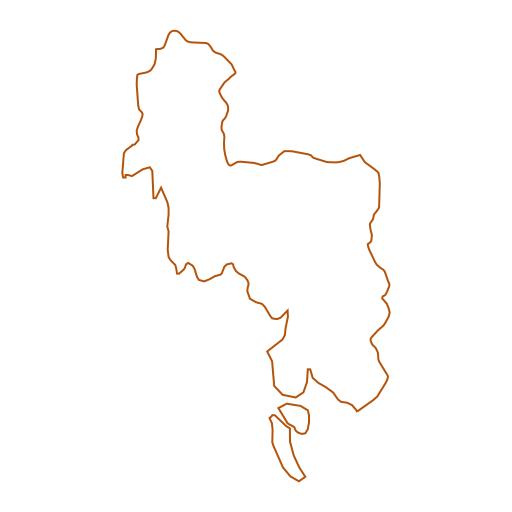 the Province of Krabi
{"feature_id": "THA-382", "entity_name": "Krabi", "entity_type": "Province", "adm_level": 1, "iso_a3": "THA", "parent_name": "Thailand", "parent_adm1": "", "projection": "orthographic", "projection_center": [99.002, 8.071], "detail": "fine", "context": "isolated", "style": "outline", "palette": "amber", "viewbox_px": 512, "rotation_deg": 0, "n_neighbors": 0, "source": "natural_earth", "source_scale": "10m", "svg_char_len": 3994}
<svg xmlns="http://www.w3.org/2000/svg" viewBox="0 0 512 512"><path d="M356.8,411.2L356.5,410.3L352.0,405.1L347.1,402.7L341.2,401.9L338.2,399.7L333.1,392.5L325.7,387.1L318.5,383.0L312.7,377.9L310.2,369.3L307.8,369.3L307.0,382.1L303.4,392.4L295.7,397.5L282.6,394.8L274.2,385.9L272.1,361.3L267.2,351.5L282.6,339.4L284.9,335.0L285.6,328.0L287.9,316.8L287.6,310.5L280.5,317.8L276.9,319.1L272.3,318.4L270.4,316.2L264.7,306.7L262.0,303.9L256.0,302.2L250.0,298.8L247.3,291.3L247.7,287.5L248.4,285.2L248.5,283.1L247.3,280.0L244.7,276.7L238.7,273.4L235.8,270.9L233.7,267.0L233.1,264.4L231.6,263.3L226.9,264.4L224.5,266.5L221.8,273.2L220.6,274.6L214.9,276.2L209.4,279.3L204.1,281.4L198.9,279.9L197.1,277.1L194.5,268.8L192.7,265.7L188.1,262.9L186.0,264.4L185.0,267.5L183.8,269.5L179.0,273.7L177.0,273.6L176.2,268.2L175.2,264.9L170.4,260.0L168.6,257.0L167.7,249.8L168.6,231.5L167.3,226.5L168.6,214.6L168.6,208.1L167.4,202.3L161.1,187.7L155.8,198.2L153.5,198.2L152.3,171.0L149.8,167.3L142.7,169.3L132.0,176.1L128.1,175.0L125.6,175.0L125.6,177.5L123.1,177.5L122.3,173.1L123.9,153.3L125.9,150.2L131.9,145.7L132.4,144.8L132.5,144.8L134.6,144.6L138.5,140.1L138.5,138.9L138.4,137.4L137.0,134.3L136.7,130.5L137.9,126.8L141.1,119.7L142.3,116.3L142.6,113.9L142.1,112.8L141.4,111.8L139.7,110.1L139.0,109.1L138.2,105.4L136.7,84.7L136.9,78.6L137.4,74.9L138.5,74.2L139.7,73.8L145.4,72.7L147.9,71.9L150.1,70.7L151.3,69.5L152.6,67.6L154.6,64.1L155.8,58.5L156.1,49.2L160.2,48.9L162.8,47.9L163.7,47.1L164.3,46.1L164.9,44.9L168.5,34.9L169.8,32.8L170.7,32.0L171.8,31.3L173.0,30.9L174.3,30.7L175.8,30.9L177.2,31.2L178.7,32.1L180.4,33.6L185.4,39.8L186.3,40.7L187.6,41.4L189.2,42.0L192.0,42.4L205.6,43.0L207.3,43.4L208.9,44.6L211.0,47.3L212.9,50.6L214.1,51.6L215.7,52.6L220.9,54.3L222.6,55.4L224.4,56.9L231.7,64.5L234.3,70.0L235.0,71.1L235.4,72.0L235.4,73.0L234.7,73.9L233.8,74.6L232.7,75.3L230.8,76.8L229.2,78.5L224.5,82.4L219.8,89.4L219.3,90.5L219.3,91.9L219.7,93.0L221.9,97.5L224.0,100.3L226.0,102.4L227.0,104.0L227.6,105.4L228.0,106.6L228.1,108.0L228.1,109.6L227.9,111.1L226.1,116.3L224.9,118.4L223.2,120.1L222.6,121.2L222.1,122.4L221.5,126.8L221.5,128.3L221.7,129.7L222.1,130.8L223.4,132.9L223.9,134.1L224.4,136.8L224.0,142.8L224.2,149.0L225.2,154.9L226.6,160.1L227.5,162.6L228.8,164.8L229.8,165.4L231.1,165.5L236.7,162.3L237.9,161.9L240.7,161.7L253.7,162.9L257.5,163.8L261.1,165.0L262.5,164.8L272.6,161.8L274.8,160.9L276.0,159.9L278.7,155.8L279.6,154.9L284.3,151.2L287.4,151.1L292.2,151.3L308.2,154.3L311.0,155.4L312.8,157.3L313.8,158.0L326.7,162.0L328.8,162.2L336.4,162.4L340.0,161.9L344.2,160.7L349.2,158.2L360.1,155.0L364.5,161.7L365.7,162.8L374.3,169.1L377.6,171.9L378.6,173.2L379.3,177.3L379.8,183.5L379.1,207.2L378.4,208.8L375.4,212.8L374.4,213.9L374.0,214.5L373.8,215.1L373.0,219.2L372.2,220.4L370.8,222.4L370.1,223.5L369.8,224.6L370.6,230.1L371.9,235.0L371.5,239.2L371.2,241.1L370.2,242.4L367.8,244.1L368.0,246.2L369.2,249.6L375.2,262.3L376.8,264.8L380.5,267.9L382.5,269.2L383.5,270.0L384.3,270.9L384.9,272.0L388.3,281.8L389.1,283.1L389.4,284.4L389.2,286.3L386.8,292.2L385.9,293.9L385.2,295.0L384.1,295.7L382.9,296.2L382.3,297.3L382.2,298.4L386.8,303.7L388.6,308.2L389.7,312.4L389.2,314.7L388.4,317.3L384.4,324.3L383.1,325.9L377.7,330.6L371.2,337.7L370.7,338.9L370.6,340.6L371.7,343.4L372.6,344.9L373.7,346.0L374.5,346.7L375.3,347.6L376.0,348.6L377.1,350.8L377.6,352.1L378.0,353.4L378.4,359.5L379.3,361.9L387.6,375.4L388.0,376.6L387.5,378.9L386.1,382.2L377.3,396.5L373.1,400.2L358.0,410.9L357.0,411.1L356.8,411.2ZM274.8,415.2L286.2,426.1L289.9,428.4L290.0,441.7L293.7,455.4L299.4,467.7L305.3,476.8L298.9,481.3L290.4,476.4L283.0,467.5L273.5,446.0L272.3,442.3L272.6,429.4L271.9,423.2L269.5,418.0L270.5,417.2L270.9,416.9L271.4,416.5L272.3,415.2L274.8,415.2ZM307.8,410.3L309.0,415.2L309.0,422.3L307.8,429.2L305.3,433.3L302.1,433.9L298.8,433.0L296.3,431.3L295.2,429.6L294.3,427.2L292.2,425.8L289.7,424.6L287.6,423.3L278.4,408.1L286.7,403.7L300.5,405.9L307.8,410.3Z" fill="none" stroke="#b45309" stroke-width="2"/></svg>